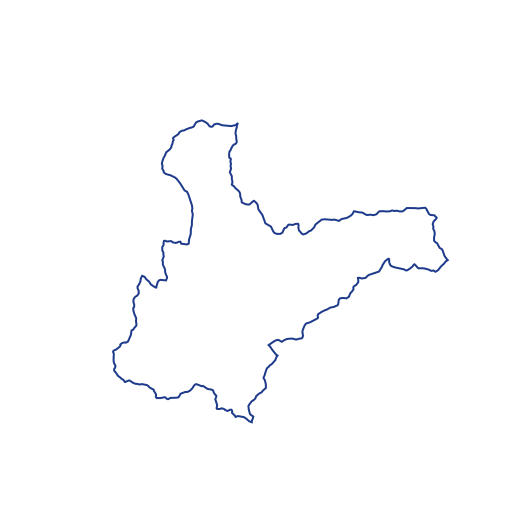 outline of Carhuaz, Áncash, Peru, rotated 333°
{"feature_id": "86281439B67590334790867", "entity_name": "Carhuaz", "entity_type": "district", "adm_level": 2, "iso_a3": "PER", "parent_name": "Peru", "parent_adm1": "Áncash", "projection": "orthographic", "projection_center": [-77.539, -9.267], "detail": "fine", "context": "isolated", "style": "outline", "palette": "blue", "viewbox_px": 512, "rotation_deg": 333, "n_neighbors": 0, "source": "geoboundaries", "source_scale": "gbopen_adm2", "svg_char_len": 6131}
<svg xmlns="http://www.w3.org/2000/svg" viewBox="0 0 512 512"><g transform="rotate(333 256 256)"><path d="M300.3,129.3L297.3,130.1L292.9,129.0L285.3,124.2L282.3,121.0L280.7,120.2L278.3,119.8L276.1,120.9L274.5,120.4L273.8,119.7L273.3,118.5L273.0,116.2L271.4,113.2L269.3,110.6L268.6,110.4L265.6,109.8L263.2,109.8L259.1,112.4L256.8,112.3L255.2,111.8L250.9,111.4L249.1,111.5L247.1,110.8L244.6,110.8L243.8,111.0L242.4,112.1L236.5,112.9L235.5,113.4L235.3,115.3L233.8,116.3L232.3,118.3L230.9,119.2L229.9,120.7L227.3,122.0L223.2,122.8L219.6,125.8L218.2,126.6L215.4,129.3L214.0,131.1L213.6,133.5L212.1,135.5L212.3,138.0L211.9,139.2L212.0,140.2L212.6,141.4L213.1,142.2L216.3,145.1L219.5,149.3L220.3,151.2L221.4,156.7L222.1,165.1L223.7,167.5L223.7,170.3L221.9,181.9L220.8,184.9L219.5,186.5L218.5,190.4L214.9,195.6L212.8,199.5L210.3,202.3L207.8,206.8L203.7,211.1L201.6,214.5L199.6,214.3L195.0,211.1L195.1,208.9L193.2,208.2L191.3,208.2L190.1,207.7L188.1,206.1L187.2,204.2L183.4,202.7L181.6,200.9L180.8,200.8L179.9,201.9L178.5,204.4L177.1,205.1L176.5,205.6L175.2,208.1L175.0,209.1L175.0,211.0L174.1,212.8L173.7,214.4L170.5,217.4L170.5,218.6L169.1,221.4L168.9,226.3L168.6,227.5L167.8,228.8L167.3,232.1L167.3,234.3L166.7,235.2L164.7,236.9L160.1,233.9L158.6,233.7L156.7,234.5L154.4,236.9L152.3,239.5L152.5,238.9L152.2,238.2L150.9,236.5L149.4,233.4L149.1,230.2L147.7,227.0L147.2,223.9L145.6,222.0L143.2,223.7L141.2,226.5L138.6,228.4L136.5,229.5L135.8,231.1L135.7,233.4L134.6,236.0L132.4,237.3L129.7,237.6L128.0,238.4L126.8,239.6L125.9,241.4L125.4,244.1L124.4,245.9L124.0,246.3L123.4,246.4L122.9,246.9L122.0,248.9L121.3,252.4L121.0,257.1L119.5,259.6L118.2,263.2L117.7,263.7L115.0,264.8L113.3,265.8L111.3,265.8L108.7,269.5L103.1,274.1L100.7,274.2L99.9,273.4L97.5,272.8L95.3,273.1L94.9,273.3L94.7,274.1L94.0,274.7L92.7,275.1L89.1,275.8L86.2,275.7L85.6,276.0L85.1,276.5L85.0,278.3L84.6,279.2L82.4,283.0L81.2,285.5L80.9,287.4L80.9,290.2L79.8,291.5L78.3,292.3L77.8,293.4L77.6,294.1L78.2,296.2L78.6,300.1L80.1,303.2L80.3,304.1L81.7,306.3L81.9,308.5L82.2,308.9L85.8,309.1L86.9,309.6L89.0,313.4L90.8,315.3L92.1,316.0L93.7,317.5L96.3,318.4L100.2,321.5L101.0,322.9L101.6,325.1L104.1,328.6L103.8,329.7L104.1,333.1L103.9,334.5L102.8,335.9L103.0,337.5L106.3,339.2L110.1,340.2L110.9,340.7L112.0,343.2L112.8,343.7L115.4,343.6L120.4,346.0L122.6,346.7L123.5,346.4L125.9,344.7L126.7,344.5L131.5,345.1L133.2,346.0L136.2,346.0L139.2,345.0L142.0,343.3L143.4,342.9L144.7,343.1L148.6,347.4L149.8,347.7L152.2,352.0L152.7,352.6L155.3,354.5L156.7,356.1L156.4,358.9L156.7,361.1L157.2,362.2L157.0,363.0L154.7,365.2L153.7,371.2L151.8,373.7L151.8,374.5L154.3,375.9L156.2,376.1L157.2,376.9L158.2,378.0L158.5,379.0L160.3,381.2L162.9,381.2L164.1,381.6L164.5,382.5L164.4,383.4L163.4,384.9L164.7,388.6L164.7,390.1L167.2,390.4L171.9,393.9L173.2,395.9L175.0,400.3L176.8,402.2L177.5,400.9L179.2,399.6L180.7,397.8L179.3,395.3L178.9,394.1L179.8,389.7L181.1,386.3L182.3,385.4L186.0,383.6L189.0,383.2L190.2,382.8L191.0,382.4L192.5,381.0L196.2,380.0L199.1,380.0L200.9,379.1L205.0,378.0L206.6,374.5L207.5,370.8L207.3,368.4L207.6,367.7L209.8,366.0L210.6,364.8L211.7,364.0L212.1,363.4L214.3,361.4L215.3,360.8L216.7,360.6L218.4,359.8L221.2,359.4L226.0,357.5L227.8,355.7L230.0,354.4L229.2,353.3L227.9,347.0L227.5,343.6L226.8,341.1L233.5,340.2L235.6,340.2L237.0,340.5L238.1,341.3L240.1,344.2L242.6,343.8L245.5,343.9L247.7,344.6L251.1,346.2L253.3,348.3L254.2,348.8L256.5,349.2L259.0,350.0L260.0,350.0L261.6,348.6L263.0,344.4L263.9,343.4L266.7,340.8L269.5,339.0L270.7,339.0L273.8,339.6L282.5,339.5L283.4,339.0L283.9,337.0L284.8,336.1L288.8,335.6L292.7,335.6L294.7,335.9L298.7,335.7L302.5,336.8L303.6,336.7L306.1,337.0L307.3,336.3L309.9,332.6L311.5,331.9L314.4,332.8L317.4,334.8L320.1,334.5L320.6,334.3L322.8,332.2L325.8,331.0L327.8,329.9L328.3,328.4L329.1,327.6L330.4,327.3L331.8,327.4L335.2,325.8L336.0,324.3L336.9,321.8L338.2,322.3L340.1,324.1L343.4,325.2L344.0,325.2L345.8,324.5L347.9,324.1L358.6,325.7L363.5,322.7L364.2,321.9L367.4,319.9L369.0,319.1L372.5,318.5L373.1,318.9L373.2,319.3L371.8,322.1L371.5,324.6L371.8,326.0L372.7,327.3L374.7,329.3L381.7,335.0L383.0,336.9L384.2,337.4L388.1,337.0L390.9,336.3L392.6,335.4L393.4,335.3L394.0,336.8L394.8,340.0L395.3,340.8L398.6,342.4L400.6,343.7L403.8,346.6L405.0,348.4L405.8,349.0L407.6,349.5L408.7,351.5L411.1,351.4L412.7,350.9L416.0,349.3L420.0,348.2L422.5,347.0L425.0,346.7L424.6,345.4L424.0,341.5L424.8,335.8L424.7,334.3L423.3,332.1L423.2,326.9L422.2,325.3L421.6,323.3L423.0,320.4L424.6,318.5L425.8,316.4L426.2,314.7L426.3,312.1L427.5,310.2L427.9,307.8L430.0,305.8L433.6,304.6L434.4,303.8L433.7,302.1L433.5,300.8L430.2,298.7L429.6,297.9L429.2,297.0L429.1,291.0L428.5,289.7L422.1,287.3L419.9,285.8L412.1,281.7L408.1,282.7L406.5,282.7L404.0,281.3L402.3,279.8L401.5,279.3L400.4,279.1L397.8,277.2L395.8,277.0L392.7,275.7L390.0,274.0L388.4,273.1L387.7,273.1L386.9,272.4L386.2,272.2L384.9,272.5L382.3,273.5L379.3,273.0L376.8,271.2L373.2,269.7L370.4,265.5L367.4,263.7L363.7,260.6L360.8,262.5L358.6,263.1L354.2,263.3L349.0,261.9L345.7,262.4L345.0,261.5L342.2,259.0L340.6,258.6L333.8,254.4L331.0,253.4L323.9,254.8L322.4,255.5L321.0,256.8L316.5,258.3L314.9,258.0L311.3,258.7L309.2,258.5L307.8,258.1L307.1,257.3L305.9,252.7L306.6,250.1L307.7,248.3L308.2,246.8L308.2,246.5L307.7,246.2L305.9,245.4L302.8,245.0L300.4,243.4L299.6,243.0L298.6,243.0L296.1,244.4L294.4,244.1L293.6,244.3L290.1,247.2L287.7,247.3L284.5,245.7L282.9,243.8L282.5,241.8L282.7,237.0L282.4,236.1L279.2,231.2L280.3,222.5L279.3,215.6L280.7,211.1L280.6,209.7L280.0,207.5L279.2,205.9L278.4,205.9L273.8,207.1L272.9,206.9L270.5,205.4L267.7,201.8L268.0,200.6L268.5,199.9L269.0,195.7L269.9,193.8L270.3,192.3L270.3,191.5L269.9,189.7L268.4,186.0L268.0,183.7L267.1,182.3L266.8,181.5L268.5,179.6L269.7,175.8L270.7,173.8L270.7,169.5L273.4,166.9L274.2,164.3L275.8,162.0L275.9,160.7L276.2,160.0L277.6,158.3L277.6,157.5L277.0,156.8L276.9,156.1L278.3,152.9L279.9,150.8L281.4,150.2L282.2,149.3L285.3,147.2L286.7,146.7L288.5,146.8L289.4,146.6L290.5,145.7L291.1,144.5L291.7,142.4L292.8,140.1L293.3,137.6L295.3,134.6L297.3,132.7L297.9,131.4L300.3,129.3Z" fill="none" stroke="#1e3a8a" stroke-width="2"/></g></svg>